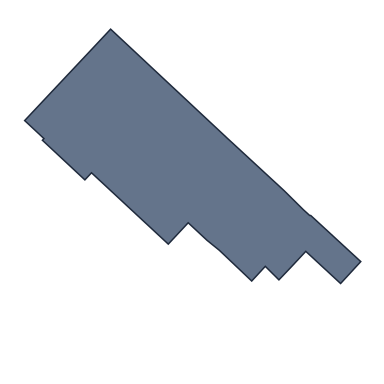 outline of Rio Blanco, Colorado, United States of America, rotated 43°
{"feature_id": "52423323B42221666108365", "entity_name": "Rio Blanco", "entity_type": "district", "adm_level": 2, "iso_a3": "USA", "parent_name": "United States of America", "parent_adm1": "Colorado", "projection": "equal_earth", "projection_center": [-108.132, 39.938], "detail": "fine", "context": "isolated", "style": "filled", "palette": "slate", "viewbox_px": 384, "rotation_deg": 43, "n_neighbors": 0, "source": "geoboundaries", "source_scale": "gbopen_adm2", "svg_char_len": 485}
<svg xmlns="http://www.w3.org/2000/svg" viewBox="0 0 384 384"><g transform="rotate(43 192 192)"><path d="M21.4,128.4L21.4,137.7L21.3,164.7L21.3,164.9L21.1,205.9L20.9,253.9L47.3,253.9L47.3,256.2L105.4,256.2L105.4,246.5L210.2,246.3L210.2,217.1L235.9,217.1L251.7,216.0L296.4,216.4L296.3,196.4L315.5,197.0L315.7,177.2L315.7,157.8L363.1,157.6L362.9,127.8L294.8,128.2L294.1,128.9L285.3,129.0L258.4,128.2L180.5,128.6L21.4,128.4Z" fill="#64748b" stroke="#1e293b" stroke-width="1.5"/></g></svg>